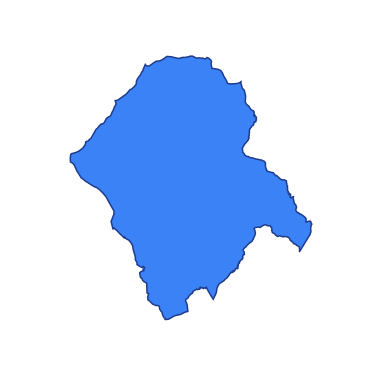 Ocland, Harghita, Romania, rotated 302°
{"feature_id": "2599482B57317224017504", "entity_name": "Ocland", "entity_type": "district", "adm_level": 2, "iso_a3": "ROU", "parent_name": "Romania", "parent_adm1": "Harghita", "projection": "robinson", "projection_center": [25.454, 46.155], "detail": "fine", "context": "isolated", "style": "filled", "palette": "blue", "viewbox_px": 384, "rotation_deg": 302, "n_neighbors": 0, "source": "geoboundaries", "source_scale": "gbopen_adm2", "svg_char_len": 6059}
<svg xmlns="http://www.w3.org/2000/svg" viewBox="0 0 384 384"><g transform="rotate(302 192 192)"><path d="M198.6,314.8L218.8,314.6L219.9,314.1L220.9,314.1L222.5,313.2L222.9,312.5L224.2,311.9L224.5,311.6L225.9,311.2L226.4,310.9L228.3,310.6L228.9,309.1L229.5,308.9L229.8,308.4L230.0,308.0L229.8,307.5L229.0,306.4L227.4,305.1L227.0,304.6L229.8,302.9L230.4,301.4L230.7,299.4L230.9,296.5L230.9,296.0L230.5,295.5L230.5,295.1L230.8,293.4L230.5,292.1L230.6,291.5L230.9,290.7L231.5,289.9L232.1,289.4L234.6,288.6L236.1,286.8L236.6,284.8L237.1,284.3L238.1,283.4L240.1,281.3L241.1,280.6L241.8,280.5L241.5,280.1L240.7,280.2L240.2,279.5L239.4,278.9L239.4,278.5L239.7,278.6L240.1,278.5L240.3,277.6L241.3,277.5L241.4,277.0L242.3,276.8L242.3,276.4L242.1,276.1L241.5,275.6L241.9,275.5L242.6,274.6L242.2,274.0L243.3,273.6L243.6,273.2L243.8,272.3L244.2,271.8L245.5,271.4L246.4,270.3L247.3,270.2L248.3,268.6L248.7,268.2L249.3,268.1L249.9,267.1L251.4,266.3L251.3,264.0L250.3,262.4L249.8,260.4L250.8,255.2L250.7,254.8L250.3,254.6L250.2,254.2L250.6,253.2L251.0,251.7L251.4,250.8L251.3,250.3L250.4,248.2L250.4,247.8L249.9,246.5L249.6,244.0L250.8,243.1L251.2,242.2L252.7,240.7L255.1,239.2L256.0,238.2L256.4,236.9L256.1,236.0L255.9,233.6L255.2,232.6L254.9,231.1L253.8,228.6L252.8,224.5L252.3,224.1L252.0,223.5L251.9,220.6L251.2,219.6L251.2,217.4L252.1,216.0L252.7,214.0L254.4,212.7L255.6,211.5L259.9,211.3L265.3,212.1L266.6,212.0L268.2,211.7L268.3,211.1L268.6,210.8L269.9,210.7L271.1,209.9L273.3,209.0L274.1,208.3L275.4,207.8L277.1,207.7L278.2,207.9L280.0,207.9L281.2,208.6L281.5,208.6L284.4,207.7L285.1,208.8L285.3,208.9L285.7,208.4L287.3,208.5L287.5,208.1L288.1,207.4L288.9,207.5L289.6,207.0L289.6,206.4L289.4,205.7L290.0,205.2L289.4,204.3L289.4,204.0L289.6,203.8L290.3,204.2L290.9,204.1L290.9,203.6L291.7,202.7L292.4,202.6L293.4,201.3L293.4,200.7L293.1,199.7L293.2,198.4L294.2,195.9L294.9,194.7L295.2,191.9L296.3,189.7L297.3,189.0L301.7,186.7L304.8,183.7L306.1,182.1L306.6,179.9L307.0,179.2L308.0,178.3L310.0,176.0L311.5,175.1L310.2,174.6L308.8,173.6L307.3,172.0L304.1,167.5L303.3,165.6L303.0,164.6L303.3,163.6L303.7,163.6L304.6,162.4L307.3,157.2L308.3,155.9L309.4,154.2L310.2,152.1L310.2,151.2L309.9,149.3L307.5,143.3L310.8,140.2L312.8,139.5L313.2,139.1L313.9,137.9L314.3,135.0L314.1,134.0L314.0,133.5L311.6,132.6L311.3,130.2L310.3,128.7L309.4,126.7L308.2,125.4L308.0,124.9L307.7,123.5L307.6,120.8L307.0,119.6L305.7,117.9L305.0,117.6L302.4,114.7L301.4,113.0L298.1,109.8L295.7,102.8L293.7,98.9L288.7,96.8L286.4,95.4L283.6,92.1L276.2,88.9L275.4,87.8L275.0,85.9L275.4,84.8L270.7,85.5L268.4,86.1L267.0,85.8L265.2,86.1L263.1,86.2L261.8,85.9L259.1,85.8L257.1,86.0L255.8,86.5L254.1,87.5L252.8,87.5L250.7,87.2L246.7,86.0L246.2,85.3L245.4,85.1L241.0,84.5L238.8,83.8L230.1,80.1L228.8,78.4L227.3,80.2L226.6,80.8L225.5,81.1L222.6,81.2L219.5,81.9L217.5,81.9L214.2,82.5L213.1,82.5L212.7,82.4L211.8,81.6L209.0,80.4L204.5,80.8L203.1,80.5L201.3,78.9L200.6,78.6L196.0,78.0L194.1,77.4L184.1,77.9L181.9,77.1L180.6,77.0L179.8,76.6L179.2,75.9L178.3,75.3L177.1,75.9L175.9,76.1L174.9,76.5L173.7,76.2L171.7,76.2L166.9,74.5L163.9,72.5L160.6,69.5L159.6,69.2L155.9,71.0L153.0,73.0L153.2,73.7L153.1,75.7L152.8,77.2L151.6,79.2L148.9,83.1L145.2,90.8L145.2,93.1L144.8,94.7L144.7,101.1L144.6,102.9L144.8,107.3L145.2,108.0L145.2,109.7L144.9,113.1L144.4,114.5L144.1,116.4L142.4,121.7L138.8,128.0L134.5,136.0L131.6,137.6L124.1,139.0L120.3,143.0L119.3,143.8L119.0,144.4L120.0,144.1L120.0,145.0L119.5,148.7L118.5,152.3L117.7,156.5L117.1,158.8L118.1,158.8L117.7,159.7L117.5,161.0L117.5,162.2L117.7,163.6L117.6,164.8L117.3,164.9L116.8,166.8L114.9,170.2L114.2,170.7L111.4,173.3L107.7,177.5L106.1,179.0L105.0,179.5L103.9,180.8L103.5,182.0L102.7,183.0L101.3,183.8L101.2,187.0L101.5,190.1L103.0,190.2L102.8,191.3L102.4,192.2L100.3,191.7L100.0,192.8L97.2,190.8L95.8,190.4L92.3,193.5L92.0,195.5L90.9,197.1L90.6,198.6L90.6,201.9L82.5,207.4L82.9,209.1L79.5,210.0L77.1,212.0L77.1,213.8L76.1,217.8L76.6,221.6L77.9,223.6L77.4,225.1L75.6,226.6L74.7,228.3L74.1,230.3L72.6,231.7L71.3,233.6L70.6,235.1L70.7,236.2L69.7,236.7L70.2,237.7L71.0,238.6L71.3,239.1L72.2,239.8L77.7,242.8L79.1,244.0L80.2,245.4L80.7,245.6L81.2,246.1L81.8,247.0L86.8,250.0L88.4,251.8L88.6,251.8L92.5,248.6L93.3,248.1L95.0,246.2L96.3,244.2L97.5,243.7L99.8,244.7L101.6,244.6L104.3,245.0L106.1,245.9L106.5,246.0L107.0,245.6L107.5,245.8L107.9,245.4L112.2,247.5L112.1,248.3L113.3,249.2L113.3,249.7L113.6,250.0L114.6,250.0L115.2,249.3L115.5,249.3L115.8,249.5L115.6,250.2L115.7,250.9L116.4,251.6L116.1,252.6L116.1,252.8L117.3,253.2L117.4,253.6L117.3,254.2L118.7,254.5L114.4,262.4L112.3,266.8L118.3,266.2L120.4,265.6L123.2,264.3L125.4,263.9L128.0,263.7L130.0,264.3L133.6,266.1L135.4,266.3L137.7,267.2L141.0,267.5L144.1,267.4L144.1,267.9L144.9,268.2L145.1,268.5L145.5,268.3L145.6,268.6L145.5,269.1L145.9,269.2L146.8,268.7L147.0,268.9L146.8,269.5L147.6,269.9L147.9,269.9L148.2,269.5L148.6,269.9L149.7,269.8L151.0,270.1L151.2,270.4L151.0,271.0L151.6,271.3L152.9,270.8L153.1,270.0L153.4,269.8L154.0,269.7L154.0,270.1L154.3,270.2L154.6,270.1L154.9,269.5L155.8,269.5L156.9,269.9L157.6,269.3L157.7,268.9L158.1,268.9L158.4,269.5L160.1,269.5L160.7,269.7L161.2,270.2L161.9,270.0L162.4,270.3L162.7,269.9L163.7,269.7L164.0,269.2L165.4,268.9L166.1,268.9L166.4,269.4L166.9,269.5L168.8,268.0L169.4,266.5L170.2,266.0L171.0,265.9L173.0,266.3L174.5,267.0L175.8,266.9L179.0,267.8L182.0,269.0L185.0,268.9L185.8,268.6L188.1,268.4L190.6,267.7L191.9,266.4L192.8,265.7L193.6,264.3L194.2,264.0L194.8,264.2L196.0,265.2L197.5,266.9L198.2,268.7L200.1,269.4L202.7,271.0L203.3,272.0L203.3,273.3L203.5,274.1L204.8,276.3L204.2,277.1L203.8,278.5L202.7,279.5L201.6,280.0L200.1,281.8L200.5,283.9L200.4,284.4L199.8,285.5L199.6,287.6L199.7,288.2L200.1,288.7L201.0,289.2L201.4,289.8L201.9,291.5L202.1,292.9L203.0,293.6L203.8,294.8L204.0,295.8L204.6,297.3L204.6,298.0L204.2,299.3L203.2,300.8L203.0,301.3L203.0,302.5L202.5,304.7L202.1,305.9L202.1,306.3L202.6,307.2L202.6,307.8L202.2,309.0L202.4,310.3L202.2,312.2L199.3,314.3L198.6,314.5L198.6,314.8Z" fill="#3b82f6" stroke="#1e3a8a" stroke-width="1.5"/></g></svg>